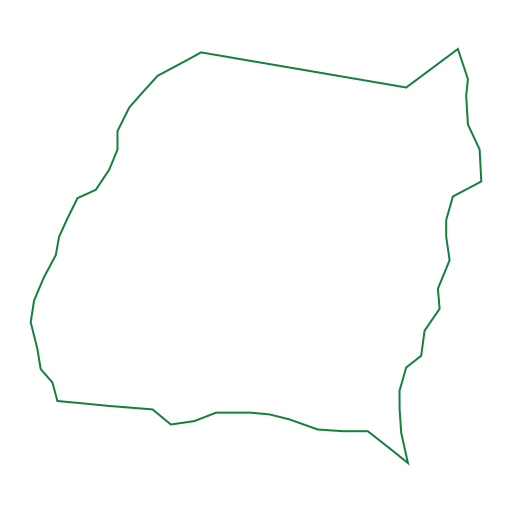 outline of Sysklipos, Cyprus
{"feature_id": "46923920B59852999590656", "entity_name": "Sysklipos", "entity_type": "district", "adm_level": 2, "iso_a3": "CYP", "parent_name": "Cyprus", "parent_adm1": "", "projection": "orthographic", "projection_center": [33.179, 35.296], "detail": "fine", "context": "isolated", "style": "outline", "palette": "green", "viewbox_px": 512, "rotation_deg": 0, "n_neighbors": 0, "source": "geoboundaries", "source_scale": "gbopen_adm2", "svg_char_len": 766}
<svg xmlns="http://www.w3.org/2000/svg" viewBox="0 0 512 512"><path d="M407.9,463.0L401.2,432.8L399.6,409.4L399.5,390.9L406.2,367.5L421.2,355.7L424.6,330.6L439.6,308.8L437.9,288.7L449.6,260.2L446.2,236.7L446.2,219.9L452.9,196.5L481.3,181.4L479.6,149.5L467.9,124.4L466.2,95.9L467.9,79.1L457.9,49.0L406.2,87.5L201.0,52.4L185.9,60.7L157.6,75.8L140.9,94.2L129.2,107.6L117.5,131.1L117.5,149.5L109.2,169.7L95.8,189.8L77.5,198.1L67.5,218.3L59.1,236.7L55.8,255.1L44.1,276.9L34.1,300.4L30.7,322.2L37.4,349.0L40.7,369.1L52.4,382.5L57.4,401.0L75.8,402.7L109.1,406.0L152.5,409.4L170.9,424.5L194.3,421.1L216.0,412.7L234.3,412.7L251.0,412.7L269.4,414.4L289.4,419.4L317.8,429.5L342.8,431.2L367.8,431.2L391.2,449.6L407.9,463.0Z" fill="none" stroke="#15803d" stroke-width="2"/></svg>